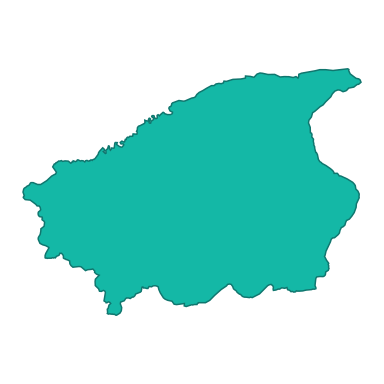 Muse, Shan, Myanmar (Mercator projection)
{"feature_id": "60261553B93917356889079", "entity_name": "Muse", "entity_type": "district", "adm_level": 2, "iso_a3": "MMR", "parent_name": "Myanmar", "parent_adm1": "Shan", "projection": "mercator", "projection_center": [97.913, 23.713], "detail": "fine", "context": "isolated", "style": "filled", "palette": "teal", "viewbox_px": 384, "rotation_deg": 0, "n_neighbors": 0, "source": "geoboundaries", "source_scale": "gbopen_adm2", "svg_char_len": 5936}
<svg xmlns="http://www.w3.org/2000/svg" viewBox="0 0 384 384"><path d="M23.3,197.6L25.2,199.6L30.2,200.1L35.8,204.3L37.1,205.9L39.2,206.0L40.2,207.4L40.7,209.8L39.8,210.9L38.5,211.9L38.2,212.7L38.1,214.0L38.5,215.5L39.5,216.6L42.1,217.1L42.4,218.2L42.0,218.9L42.1,219.8L43.8,221.0L44.6,222.2L44.1,226.3L40.9,228.8L40.8,231.2L40.2,234.4L38.5,237.2L38.2,238.1L38.3,239.6L40.0,243.4L42.7,244.8L45.8,245.7L48.8,247.4L48.9,247.9L45.8,253.4L45.1,255.5L45.1,257.8L45.5,258.1L46.4,258.0L47.1,258.4L47.9,258.2L51.4,258.2L52.3,257.7L53.5,258.0L54.2,257.6L55.3,257.9L56.5,256.3L58.5,255.5L59.3,254.9L59.8,253.3L61.6,253.3L63.1,255.2L63.4,256.1L63.4,258.0L64.4,258.8L65.4,258.9L66.1,259.6L67.1,259.7L69.6,260.9L69.9,263.8L71.0,265.6L72.9,267.2L79.1,266.5L81.1,266.8L85.5,270.6L87.7,269.7L91.1,269.4L92.8,269.0L94.7,271.0L94.6,272.4L96.4,274.1L99.2,275.2L95.4,279.2L95.1,281.6L95.3,285.6L98.6,288.8L99.5,291.2L101.4,291.4L103.3,290.4L104.4,290.8L105.1,291.5L105.4,292.6L104.0,300.9L105.9,302.1L106.1,302.8L107.1,302.7L108.3,301.9L109.6,302.2L110.7,303.4L109.0,305.1L108.1,308.5L107.3,309.2L107.6,312.6L107.3,313.5L108.4,314.1L110.0,313.8L111.1,314.2L112.2,314.0L112.8,314.3L114.6,314.3L115.6,315.1L116.6,315.2L120.0,313.1L121.3,310.8L121.7,307.6L120.3,303.8L120.6,302.1L124.3,300.7L125.4,298.9L126.4,298.0L128.7,298.0L130.2,298.5L132.3,297.1L133.5,297.0L134.8,295.8L135.7,294.0L140.4,292.1L141.2,291.3L142.0,287.2L142.9,287.0L143.6,288.0L145.3,288.0L146.3,288.4L147.9,288.5L149.1,286.5L151.6,286.8L153.1,285.9L155.1,285.7L156.6,286.0L158.2,286.8L158.9,289.7L160.3,292.9L163.4,297.8L165.0,299.1L167.7,300.3L172.0,301.2L174.1,304.2L176.6,304.6L184.4,303.5L184.2,305.9L186.2,306.5L191.9,304.7L192.7,305.0L194.3,304.5L197.0,304.5L197.6,303.3L198.3,303.1L198.5,302.7L205.5,302.7L209.8,300.3L214.6,295.4L221.2,289.5L226.5,285.9L227.6,284.4L229.6,284.0L231.2,284.4L232.7,286.5L233.5,288.8L234.7,289.8L236.1,290.7L237.2,292.4L239.4,294.1L240.5,294.4L242.4,296.4L244.2,297.1L246.5,297.2L248.4,297.5L249.6,297.6L250.6,297.1L252.2,297.6L259.5,293.9L267.6,285.7L269.2,284.8L271.1,284.4L272.7,285.7L273.4,287.0L273.1,289.1L273.4,290.4L276.0,290.0L278.1,289.1L279.7,289.1L281.7,287.8L284.8,288.3L286.9,287.5L287.6,289.7L289.6,290.3L291.0,291.7L292.3,291.4L293.8,292.1L295.6,291.8L296.3,290.8L297.1,291.1L299.7,291.1L302.8,290.9L306.0,290.1L311.5,289.6L312.9,289.1L314.5,289.2L315.9,288.7L315.9,287.7L315.0,285.6L315.8,278.5L316.1,277.9L317.0,276.8L320.0,276.5L323.1,276.6L324.2,276.1L325.1,275.2L325.4,274.6L325.7,272.0L328.3,270.3L329.0,268.3L328.6,267.7L328.7,265.7L328.2,264.3L328.7,263.3L326.5,260.2L324.5,256.3L325.1,255.2L326.0,251.2L330.4,241.9L331.2,239.3L332.5,238.0L334.6,237.7L338.2,234.6L339.4,233.0L340.0,230.3L341.3,227.6L343.3,226.6L344.9,225.1L345.7,222.3L346.5,220.5L349.4,219.1L351.8,216.2L354.2,212.6L356.1,207.4L356.4,203.8L359.2,197.8L359.0,197.1L359.2,194.0L357.9,191.1L355.8,189.0L355.3,185.7L354.5,184.3L352.7,182.3L347.3,179.0L340.8,176.0L339.2,175.9L338.3,174.4L337.2,173.3L334.1,173.4L333.9,172.4L332.7,170.6L330.5,168.7L325.9,165.5L322.0,163.4L321.4,162.6L319.8,161.6L318.4,159.4L317.4,154.5L316.4,152.6L315.8,152.5L314.8,148.8L314.6,146.5L313.7,145.0L313.9,144.1L313.3,141.2L313.5,139.2L311.8,137.0L312.0,134.5L311.5,133.2L310.4,132.7L310.2,127.3L308.5,123.0L308.9,120.3L311.4,117.0L312.6,112.7L314.7,111.4L320.2,106.6L323.1,104.9L325.6,101.9L330.8,96.8L332.3,93.9L334.9,91.1L337.9,89.9L340.2,90.2L343.0,91.7L345.1,91.1L346.5,90.5L348.7,88.1L353.8,87.1L357.1,84.5L358.5,84.3L359.0,84.0L361.0,82.3L360.9,81.9L360.1,79.9L358.8,78.9L356.0,78.3L350.2,73.9L348.7,70.7L348.9,69.5L347.8,68.8L333.0,70.5L325.7,69.7L319.7,69.7L315.1,70.8L301.5,73.2L298.8,74.3L298.7,76.1L298.2,77.9L297.9,78.0L296.0,76.6L293.2,77.5L288.8,76.7L284.2,76.6L280.2,77.0L274.7,74.4L268.0,74.5L262.6,73.3L260.0,73.0L257.0,74.1L254.0,77.3L250.3,76.4L245.5,76.0L245.4,78.1L240.8,79.0L232.8,79.4L226.4,81.4L224.0,81.1L223.4,82.9L221.2,83.7L218.9,83.4L215.9,84.0L214.1,85.6L211.5,85.6L206.7,88.2L202.8,90.6L199.2,92.4L196.8,94.5L195.4,96.8L194.0,97.6L191.6,98.1L185.1,100.9L183.6,101.2L178.9,100.5L172.5,102.9L171.7,103.8L171.4,105.3L170.7,106.5L169.5,106.9L169.0,107.7L168.9,108.5L170.0,110.9L172.5,112.2L172.4,113.2L171.9,113.9L170.5,114.6L167.4,114.6L165.9,114.1L164.6,113.6L164.1,112.8L163.1,112.3L160.2,114.8L159.5,115.8L158.1,114.7L157.1,115.4L157.3,117.9L156.3,118.6L155.2,118.5L154.3,117.0L154.1,115.9L153.0,115.5L151.8,116.0L151.7,116.7L153.2,118.0L153.7,118.8L153.4,119.6L152.3,120.5L151.2,121.0L150.6,123.2L149.4,123.1L149.0,122.1L150.6,119.1L149.7,118.2L149.1,118.3L148.5,119.3L148.5,120.6L148.0,121.0L146.7,120.9L144.8,120.2L145.0,122.5L144.3,123.5L140.2,125.6L138.5,126.2L137.5,127.5L137.2,130.1L136.5,131.3L137.1,131.9L137.2,132.9L136.8,134.2L133.1,133.9L132.6,136.3L129.8,136.3L128.5,137.5L127.4,137.2L126.4,138.4L126.3,139.4L125.3,139.4L124.6,141.8L123.9,142.0L121.9,141.1L120.2,142.4L120.8,143.8L121.8,144.0L122.9,143.8L123.6,144.3L123.8,144.9L122.3,146.9L121.2,147.2L119.4,146.5L116.6,144.5L117.3,142.6L115.3,142.5L114.8,143.2L114.2,147.9L113.5,148.2L111.4,148.0L111.2,149.3L110.4,150.2L109.3,148.3L109.5,147.2L109.2,146.1L108.5,145.9L107.5,148.8L105.6,150.5L106.0,151.5L106.0,153.2L105.3,153.5L103.3,151.6L104.9,150.7L104.0,148.9L102.7,147.8L99.4,151.4L98.5,152.9L98.2,154.3L95.2,158.4L94.1,159.4L93.6,159.3L92.8,159.7L92.3,160.4L91.0,159.8L90.4,160.6L89.4,160.6L89.1,161.1L88.2,161.1L87.0,160.4L85.7,160.7L84.8,161.9L83.4,160.9L81.7,160.6L80.5,161.0L77.9,159.8L77.1,160.2L76.7,161.1L75.5,161.6L73.2,160.8L73.0,161.7L72.2,161.7L71.8,162.5L70.7,163.2L68.4,161.2L68.0,161.1L65.0,160.9L62.7,161.4L61.3,160.6L60.0,161.1L58.7,161.0L57.1,162.3L56.0,162.7L55.5,163.7L54.3,164.0L52.7,166.9L56.4,172.2L55.5,174.2L54.8,174.3L51.6,176.1L46.8,180.6L40.7,184.5L37.6,184.5L33.1,182.6L31.0,182.6L30.3,183.2L29.3,185.0L26.7,186.4L26.2,187.0L24.3,188.2L23.7,189.1L23.0,192.1L24.3,195.8L23.6,196.4L23.3,197.6Z" fill="#14b8a6" stroke="#0f766e" stroke-width="1.5"/></svg>